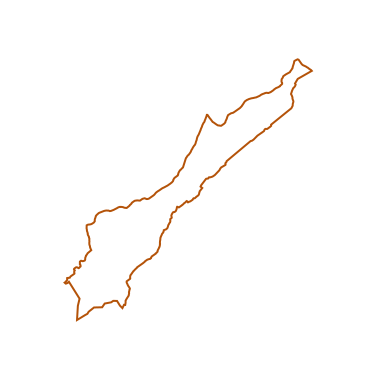 the district of Montes de Oca, San José, Costa Rica, rotated 325°
{"feature_id": "36466004B49166054866519", "entity_name": "Montes de Oca", "entity_type": "district", "adm_level": 2, "iso_a3": "CRI", "parent_name": "Costa Rica", "parent_adm1": "San José", "projection": "albers", "projection_center": [-84.009, 9.94], "detail": "fine", "context": "isolated", "style": "outline", "palette": "amber", "viewbox_px": 384, "rotation_deg": 325, "n_neighbors": 0, "source": "geoboundaries", "source_scale": "gbopen_adm2", "svg_char_len": 5931}
<svg xmlns="http://www.w3.org/2000/svg" viewBox="0 0 384 384"><g transform="rotate(325 192 192)"><path d="M35.7,193.2L36.0,194.6L36.4,194.8L38.0,195.2L39.7,194.9L38.7,214.9L33.2,219.8L24.4,230.9L33.8,231.5L36.4,231.8L38.7,230.8L45.5,230.4L52.3,234.9L56.5,233.3L62.5,236.0L65.0,236.0L68.1,238.2L67.8,243.8L68.4,247.2L71.6,245.4L72.5,246.2L74.0,244.7L75.3,242.9L77.4,241.9L80.8,240.5L81.1,240.1L82.3,239.0L82.8,238.2L82.9,237.9L84.2,236.8L84.7,236.2L85.6,235.7L85.9,234.5L85.9,232.3L86.1,230.9L86.3,230.2L86.5,228.8L86.9,228.1L87.3,227.7L91.5,227.6L91.8,227.4L92.3,226.5L93.4,225.2L94.1,224.8L94.3,224.8L98.7,223.2L99.4,223.2L100.4,222.9L103.7,222.4L103.9,222.2L111.4,222.2L111.6,222.1L113.0,222.1L113.8,221.8L116.6,221.8L118.6,222.4L119.0,222.7L120.4,222.7L120.6,222.4L120.8,222.4L122.0,221.7L126.9,221.7L127.0,221.5L128.4,221.4L128.6,221.3L129.6,221.1L130.2,220.3L133.0,218.8L133.3,218.5L133.6,218.5L134.9,217.5L135.3,216.9L135.7,216.6L135.9,216.2L136.1,216.1L136.5,215.3L137.7,213.8L138.6,213.0L138.7,212.8L139.9,211.4L141.6,210.3L142.5,209.8L143.5,209.1L145.1,208.7L145.5,208.5L145.8,208.1L146.3,207.9L147.0,207.1L149.3,207.7L150.4,207.6L151.2,207.4L152.2,206.7L153.6,205.5L154.1,205.3L154.3,205.3L154.9,204.9L155.2,204.8L155.9,204.4L156.6,204.3L157.7,203.3L158.0,202.5L158.7,201.7L160.3,201.6L160.5,201.5L160.9,201.1L161.1,200.4L161.6,199.4L162.0,199.1L162.6,198.8L162.8,198.6L163.0,198.5L164.6,197.8L165.2,197.8L166.2,198.4L167.8,198.3L169.4,197.3L171.1,195.7L171.4,195.6L171.7,195.9L172.4,197.1L176.4,197.1L176.5,197.0L177.9,197.0L178.7,196.7L180.6,196.7L181.7,196.4L182.5,196.4L182.7,196.9L182.7,198.1L183.1,198.3L183.9,198.3L185.3,198.7L188.1,198.7L189.3,198.1L189.8,198.1L190.2,198.5L190.7,198.7L192.6,198.5L192.7,198.4L194.7,198.4L195.5,198.3L196.6,197.7L197.7,196.6L198.1,196.4L198.7,195.8L202.7,194.6L202.1,192.5L203.4,191.7L211.0,189.3L211.3,189.3L212.5,190.0L213.1,190.2L214.1,189.7L214.5,189.8L215.3,190.4L217.0,191.0L218.3,191.2L220.5,191.2L226.9,189.9L228.4,189.1L229.9,188.6L234.9,189.0L235.2,188.8L235.4,188.4L235.6,187.9L235.9,187.6L236.3,187.4L237.0,187.4L238.1,186.6L269.2,183.9L270.5,184.4L272.5,184.4L277.9,183.4L285.5,183.4L286.1,183.3L286.9,182.7L287.6,182.4L288.5,182.5L289.6,183.4L290.0,183.5L293.7,183.4L294.8,183.2L295.4,182.2L321.4,180.4L323.9,179.1L325.1,177.6L326.5,176.5L327.1,175.8L327.3,175.2L327.6,173.9L328.0,172.9L328.6,172.0L329.0,170.6L329.1,169.9L329.2,169.5L329.3,168.5L330.7,167.5L330.9,167.3L331.1,167.2L331.8,166.6L334.1,165.2L334.8,164.9L335.5,164.9L336.2,164.7L337.3,164.3L338.5,163.5L338.6,162.2L343.5,160.0L359.6,161.5L359.5,160.5L358.6,158.2L358.2,156.7L357.6,155.5L357.5,155.0L356.5,153.2L356.3,152.9L355.5,151.5L355.3,150.6L355.2,149.8L355.2,144.8L354.6,143.9L354.1,143.8L352.0,143.5L350.8,143.5L349.3,145.0L346.5,147.1L345.5,148.1L345.3,148.1L344.8,148.5L344.5,148.5L342.9,149.2L341.5,149.6L340.9,150.0L336.5,149.5L333.2,149.5L332.2,150.2L331.2,150.7L330.2,151.0L329.7,151.5L329.4,152.0L329.0,152.3L328.5,153.2L328.5,154.1L327.9,155.1L327.2,155.3L325.3,155.5L324.7,155.6L324.6,155.8L322.7,155.6L320.5,155.1L318.0,155.1L317.2,155.3L313.9,155.3L313.6,155.2L313.1,155.2L312.6,155.0L311.5,154.8L311.0,154.5L310.6,154.0L310.0,153.5L309.5,153.2L309.2,153.2L308.0,152.7L307.4,152.7L306.4,152.3L305.8,152.3L305.0,152.0L302.5,152.0L298.8,151.3L298.0,150.9L296.0,150.1L294.3,149.3L291.9,148.5L290.6,148.3L289.8,148.1L287.3,148.1L286.2,148.5L283.6,149.6L282.5,149.9L282.1,150.2L279.4,150.7L271.3,150.7L269.0,149.9L265.7,149.7L264.0,150.7L262.5,151.9L259.9,153.4L259.2,154.1L257.6,154.5L254.0,154.5L253.1,153.9L252.4,153.1L251.5,152.4L250.8,150.9L249.5,147.2L249.1,146.5L249.0,142.6L248.9,142.0L248.9,137.0L249.0,136.8L247.5,138.1L244.3,140.3L243.5,140.7L242.9,141.3L242.0,141.8L241.1,142.0L238.7,143.3L237.6,144.2L236.2,145.0L235.1,145.7L234.7,146.1L234.2,146.4L230.4,148.8L228.4,149.7L226.8,150.9L225.6,152.1L224.2,153.0L222.7,154.3L222.0,154.7L221.3,155.1L220.5,155.2L218.2,156.1L217.0,156.8L215.9,157.2L213.6,158.6L210.7,159.6L209.3,159.7L207.1,160.6L206.4,160.8L198.7,166.7L197.3,166.9L195.4,167.3L194.6,167.3L192.2,168.4L190.5,169.7L190.5,169.9L189.8,170.3L186.1,170.4L185.1,170.6L184.6,170.9L183.8,171.2L183.7,171.4L183.1,171.9L182.6,172.2L181.0,172.6L180.2,172.6L179.6,172.7L175.4,172.7L175.0,172.6L172.2,172.3L169.8,171.9L165.9,171.9L165.0,171.8L163.1,171.8L162.0,171.9L159.6,172.6L158.2,172.7L152.9,172.7L151.6,172.3L151.3,172.0L150.6,171.6L150.4,171.1L150.2,170.9L150.0,170.5L149.5,169.9L147.5,169.2L144.4,169.2L142.1,167.3L141.1,166.9L140.7,166.6L139.9,166.3L136.8,166.3L136.3,166.4L136.0,166.7L134.6,167.0L133.8,167.0L132.8,167.4L129.4,167.6L128.7,167.1L127.5,166.0L127.4,165.8L126.7,164.7L126.1,164.2L125.7,163.8L125.1,163.3L124.9,163.3L124.0,162.6L122.1,162.2L121.0,162.2L119.9,162.0L117.5,161.7L114.7,161.0L113.7,160.5L113.0,159.4L111.0,157.9L109.2,157.1L103.9,155.8L103.0,155.8L101.9,156.0L100.8,156.1L99.5,156.5L99.4,156.7L98.9,157.0L97.8,157.9L97.1,158.3L96.1,159.3L95.7,160.1L94.3,160.7L92.3,160.7L90.9,160.5L90.2,160.2L89.7,160.0L88.5,159.3L87.7,159.0L86.6,158.9L84.8,161.3L84.4,162.3L83.6,163.7L83.2,165.3L82.9,165.8L82.8,166.3L82.4,166.7L82.1,167.5L81.9,169.4L81.6,170.1L81.4,170.3L81.3,171.1L79.9,173.1L79.6,173.7L79.1,174.3L78.7,174.7L77.7,176.4L77.4,177.7L76.9,178.6L76.4,180.2L76.2,181.6L76.1,181.9L71.4,182.3L70.1,182.9L69.6,183.0L68.9,183.4L68.6,183.4L68.5,183.6L66.9,184.6L65.7,186.1L64.9,186.6L63.8,186.4L62.8,186.0L61.7,184.7L60.3,184.7L60.0,185.0L58.9,186.6L58.9,186.9L58.7,187.0L58.7,187.9L58.4,188.3L58.4,188.6L58.1,189.0L57.9,189.1L57.1,189.1L56.3,189.4L55.5,189.4L55.3,189.2L54.9,188.2L54.4,187.5L53.8,187.2L51.9,187.2L51.6,187.3L51.4,187.3L51.0,187.6L51.0,189.0L50.8,189.1L50.3,189.1L50.1,189.3L49.9,189.7L49.3,190.4L49.3,190.7L48.9,191.4L48.1,191.5L44.2,191.5L43.3,191.8L42.8,192.1L41.6,191.6L41.5,191.4L41.1,191.2L40.3,190.9L39.6,192.1L38.9,192.6L38.0,192.9L37.4,192.9L36.4,193.2L35.7,193.2Z" fill="none" stroke="#b45309" stroke-width="2"/></g></svg>